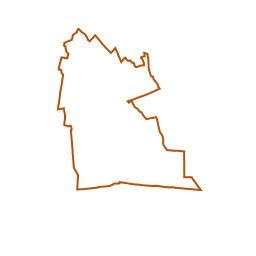 Roma, Botosani, Romania, rotated 202°
{"feature_id": "2599482B63715115104271", "entity_name": "Roma", "entity_type": "district", "adm_level": 2, "iso_a3": "ROU", "parent_name": "Romania", "parent_adm1": "Botosani", "projection": "mercator", "projection_center": [26.588, 47.842], "detail": "fine", "context": "isolated", "style": "outline", "palette": "amber", "viewbox_px": 256, "rotation_deg": 202, "n_neighbors": 0, "source": "geoboundaries", "source_scale": "gbopen_adm2", "svg_char_len": 5784}
<svg xmlns="http://www.w3.org/2000/svg" viewBox="0 0 256 256"><g transform="rotate(202 128 128)"><path d="M211.2,201.2L211.4,199.7L211.7,197.8L211.8,197.4L211.5,197.3L212.8,195.2L214.0,193.5L213.6,192.4L213.6,191.8L213.4,191.2L213.3,189.3L213.2,188.5L213.3,188.4L215.6,186.4L217.5,184.5L218.7,183.3L218.8,183.2L218.7,183.1L218.4,182.1L218.4,181.6L218.5,181.3L218.5,181.2L218.4,181.1L218.3,180.9L217.9,180.4L217.3,180.3L217.4,180.2L217.1,180.1L216.6,179.8L216.2,179.5L215.9,179.1L215.7,178.5L215.6,178.3L215.4,178.0L215.4,177.9L215.3,177.7L215.0,177.5L214.5,176.9L214.4,176.7L214.2,176.2L213.9,175.9L213.5,175.6L212.6,175.2L211.9,174.9L211.2,174.4L211.0,174.0L211.1,173.6L210.9,172.9L210.8,172.6L210.7,171.7L210.8,171.3L210.8,170.9L210.5,170.6L210.5,170.1L210.6,169.7L216.1,168.6L215.9,166.9L215.7,165.3L215.3,162.5L214.8,159.2L214.5,157.7L214.2,156.3L211.8,156.8L211.6,156.7L210.9,155.2L210.3,154.2L210.2,154.1L208.3,153.3L208.1,153.2L208.0,152.9L207.9,152.2L207.8,151.9L207.7,151.7L207.6,151.2L207.4,149.9L206.6,146.9L206.5,146.3L206.2,145.6L206.1,145.4L206.0,144.2L205.4,141.6L204.9,138.8L204.4,136.7L203.9,134.6L203.2,132.4L202.6,129.9L202.4,129.5L202.3,129.0L202.3,128.6L202.0,127.9L201.9,127.2L201.8,126.8L201.6,126.1L201.2,124.2L201.2,123.9L201.1,123.3L200.3,120.4L199.9,118.9L197.4,120.6L194.9,122.2L194.7,121.7L194.6,121.4L194.3,121.0L191.9,117.5L191.4,116.9L191.3,116.6L191.0,115.8L190.8,115.2L190.3,114.1L190.1,113.6L189.4,111.2L189.3,110.1L189.1,109.7L188.9,109.2L188.6,108.4L188.4,107.7L188.2,106.9L184.0,107.1L183.5,107.5L183.3,107.8L182.9,108.3L182.6,108.5L182.1,108.6L181.7,108.4L181.2,107.7L180.3,106.7L180.1,106.3L180.0,106.1L180.1,105.8L180.1,105.4L179.9,105.1L179.7,105.0L179.7,104.9L180.1,104.7L179.8,104.0L179.5,103.5L179.2,102.7L177.7,99.7L174.6,93.7L173.8,92.1L173.2,90.6L172.7,89.8L172.2,88.9L171.1,86.6L170.4,85.2L170.1,84.5L170.0,84.1L169.5,82.9L169.3,82.6L169.0,82.4L167.1,78.5L164.2,72.6L163.5,71.2L162.6,70.4L162.2,70.0L161.6,69.4L161.0,69.0L160.2,68.5L159.5,68.0L158.6,67.1L156.8,65.7L156.5,65.3L156.0,63.8L155.6,62.7L155.2,60.9L155.0,60.2L154.5,59.2L153.4,55.8L152.0,52.0L147.0,54.4L146.3,54.7L146.0,54.8L144.5,55.7L143.2,56.3L142.7,56.6L142.3,56.8L134.8,60.9L134.4,61.2L133.9,61.5L132.9,62.3L130.6,63.6L125.2,66.3L123.6,67.1L122.9,67.8L122.1,68.7L121.4,69.3L121.0,69.7L120.4,70.8L120.0,71.2L119.6,71.4L115.5,73.2L115.3,73.5L115.2,73.7L115.5,74.2L115.6,74.5L114.4,75.0L113.2,75.3L113.2,75.1L112.0,75.4L111.2,75.6L110.9,75.7L110.4,76.0L105.3,77.0L103.7,77.4L102.4,77.7L99.7,78.5L98.0,79.1L96.6,79.6L94.5,80.0L91.5,80.9L90.8,81.0L90.3,81.3L89.3,81.5L87.0,82.4L85.9,82.6L85.5,82.9L84.7,83.0L82.9,83.7L82.7,83.6L82.4,83.6L82.3,83.9L80.8,84.4L80.7,84.9L79.2,85.1L78.3,85.4L73.5,86.7L73.2,86.7L71.8,87.0L70.2,87.7L69.3,87.8L69.1,87.8L68.8,88.1L68.5,88.1L68.0,88.3L67.6,88.3L66.5,88.8L65.6,89.0L65.4,89.1L65.0,89.7L62.3,90.2L55.4,92.2L53.4,92.9L52.2,93.1L50.8,93.6L50.2,93.9L48.2,94.4L37.2,97.8L37.5,98.0L39.8,99.3L41.9,100.4L42.2,100.6L42.3,100.9L42.5,101.0L43.3,101.5L48.7,104.8L50.1,105.8L50.5,106.2L56.1,104.0L57.4,103.4L58.4,105.9L60.5,110.9L61.0,112.2L61.7,114.1L64.8,121.5L66.6,125.8L67.1,127.3L74.6,125.1L75.3,124.7L76.0,124.4L76.7,124.2L78.0,123.7L78.4,123.7L79.8,123.3L82.6,122.4L83.4,122.1L84.2,122.6L85.1,123.2L86.1,123.8L86.5,124.0L87.8,125.0L88.7,125.7L89.3,126.4L89.6,126.8L89.9,127.2L90.2,127.9L90.6,129.5L90.7,129.8L90.9,130.3L91.7,131.7L92.4,132.7L92.9,133.3L93.7,134.0L96.2,135.7L97.0,136.4L98.3,138.0L102.0,143.4L103.9,146.4L104.7,147.4L105.3,147.9L105.8,148.4L106.0,148.5L106.7,148.1L109.9,146.0L110.8,145.5L111.3,145.1L111.7,144.8L113.5,143.7L114.0,143.2L114.3,143.1L117.8,144.9L119.7,146.2L120.8,147.0L121.3,147.4L121.7,147.6L122.0,147.7L122.3,147.7L123.0,147.5L124.2,148.1L125.1,148.8L125.5,149.0L126.6,149.3L127.5,149.6L128.5,149.7L129.8,150.1L130.0,150.3L130.6,150.8L131.4,151.4L132.4,152.2L132.6,152.3L132.9,152.9L133.3,153.3L133.8,153.5L134.7,154.2L134.8,154.1L135.0,154.1L135.7,153.1L136.0,152.8L136.4,152.3L136.6,152.0L136.8,151.8L137.0,151.9L137.8,152.6L138.1,152.7L136.9,153.7L136.2,154.4L135.8,154.7L135.5,154.9L133.7,156.5L132.2,157.9L130.5,159.5L128.2,161.6L126.2,163.3L125.5,163.9L124.2,165.3L123.4,165.9L123.1,166.2L122.6,166.5L122.2,167.0L116.8,172.6L115.8,173.8L115.2,174.2L114.5,175.2L113.4,176.4L113.9,176.8L114.1,177.0L115.0,177.1L115.3,177.3L115.5,177.8L115.6,178.2L116.1,178.8L116.5,179.4L117.0,179.8L117.3,179.9L117.8,180.2L118.8,180.7L119.5,181.3L120.4,181.5L120.8,182.0L121.2,182.0L122.0,182.5L122.4,182.7L122.6,182.9L122.9,183.3L123.1,183.5L123.3,183.8L123.6,184.2L123.8,184.7L124.0,184.8L124.5,185.0L124.8,184.9L125.2,184.6L125.4,184.6L126.2,184.9L126.3,185.0L126.5,185.2L126.8,185.5L127.1,185.8L127.3,186.2L127.7,186.7L128.3,187.5L130.8,190.4L135.1,199.7L137.9,204.0L141.1,203.7L139.4,200.7L140.2,200.4L142.3,198.5L142.3,198.1L141.9,197.8L141.3,197.6L140.7,197.3L139.6,196.4L139.2,196.0L138.3,195.1L137.8,194.4L136.6,192.3L136.7,192.1L137.4,191.7L138.2,191.3L139.3,190.9L139.5,190.7L139.8,190.4L140.6,189.9L141.1,189.5L141.4,188.9L141.7,188.6L142.1,188.2L142.7,187.7L143.0,187.6L143.3,187.5L143.5,187.4L143.8,187.4L144.3,187.6L144.6,187.9L144.8,188.0L145.3,188.1L145.5,188.2L145.7,188.5L145.8,189.2L146.0,189.6L146.7,190.2L147.0,190.5L147.3,190.5L148.0,190.1L148.6,190.1L151.4,191.5L152.0,191.0L153.0,190.4L153.8,190.5L155.4,191.1L156.2,192.0L157.1,192.1L157.9,190.2L158.9,186.6L169.7,197.4L171.9,191.1L182.4,195.8L187.9,198.9L193.1,201.7L194.2,198.8L194.6,197.9L194.7,197.4L195.4,195.9L196.1,194.0L196.8,194.3L197.5,194.4L197.9,194.6L198.7,195.3L199.2,196.0L200.3,197.0L200.9,197.4L201.5,197.5L201.8,198.0L202.8,198.5L203.1,198.8L205.4,199.4L206.7,199.6L207.4,199.7L208.0,200.0L209.4,200.7L210.3,201.1L210.6,201.1L210.9,201.3L211.0,201.3L211.2,201.2Z" fill="none" stroke="#b45309" stroke-width="2"/></g></svg>